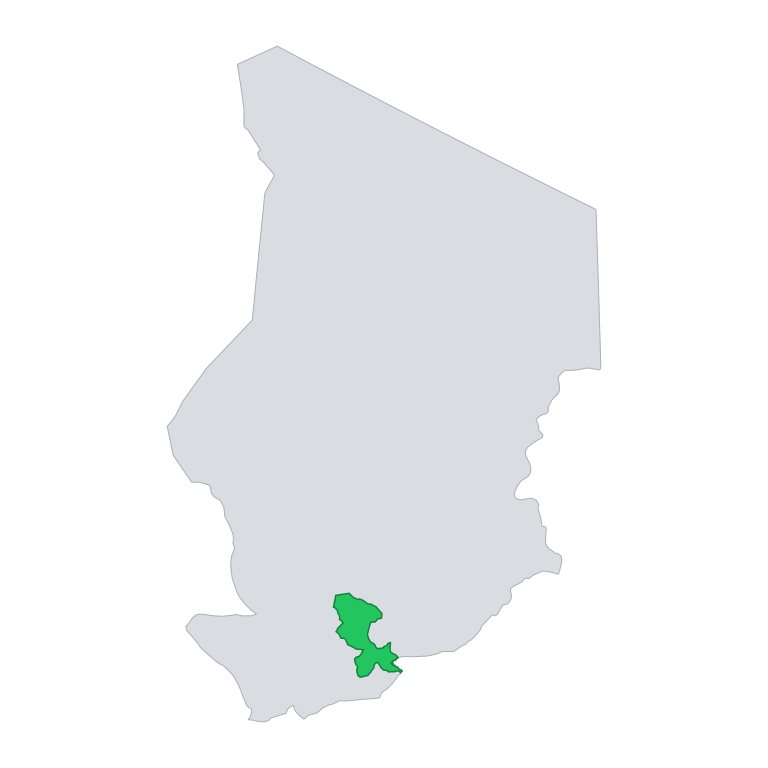 Bahr-Köh, Moyen-Chari, Chad (highlighted)
{"feature_id": "50815135B48101754695472", "entity_name": "Bahr-Köh", "entity_type": "district", "adm_level": 2, "iso_a3": "TCD", "parent_name": "Chad", "parent_adm1": "Moyen-Chari", "projection": "orthographic", "projection_center": [18.409, 9.514], "detail": "fine", "context": "in_parent", "style": "filled", "palette": "green", "viewbox_px": 768, "rotation_deg": 0, "n_neighbors": 0, "source": "geoboundaries", "source_scale": "gbopen_adm2", "svg_char_len": 7876}
<svg xmlns="http://www.w3.org/2000/svg" viewBox="0 0 768 768"><path d="M596.0,209.5L596.6,228.3L597.2,247.0L597.8,265.8L598.4,284.7L599.0,303.5L599.5,322.4L600.1,341.3L600.6,360.2L600.8,366.5L600.3,369.0L600.1,369.3L599.3,369.8L589.5,368.2L585.3,368.2L579.3,369.6L570.6,370.5L564.9,370.3L561.0,373.6L558.0,377.6L559.7,387.0L559.4,390.1L558.3,393.4L555.7,396.2L553.1,398.4L551.5,400.4L549.6,404.7L548.2,406.7L548.4,409.4L547.9,412.2L546.3,413.7L542.3,414.8L539.6,416.1L537.5,418.1L536.1,419.6L536.9,421.6L538.0,424.3L538.7,428.5L539.1,430.9L541.2,432.9L542.5,434.3L542.9,436.1L541.8,437.6L536.8,440.7L534.8,441.8L532.5,443.4L531.6,444.0L528.0,446.9L526.2,449.5L525.3,451.7L525.4,454.7L527.3,459.1L529.4,462.8L530.3,465.6L530.8,468.7L530.7,471.7L529.6,474.2L527.8,476.6L520.9,481.0L517.6,485.8L514.9,491.6L514.3,494.8L515.0,496.9L516.5,498.7L518.6,499.6L521.6,499.8L526.6,498.8L531.3,498.1L536.2,500.1L538.9,504.9L537.9,508.5L539.9,514.9L541.7,522.7L541.6,525.3L542.4,526.3L545.5,526.8L546.2,528.6L545.4,542.3L546.9,546.1L549.0,548.8L551.4,550.2L553.8,552.0L555.0,553.2L557.7,553.5L560.9,555.9L561.7,559.2L561.6,562.4L559.9,569.4L558.5,574.1L556.7,573.8L553.1,572.7L548.6,571.8L543.2,571.0L538.0,573.0L532.4,575.5L530.7,577.4L529.1,578.4L526.7,578.3L524.4,578.6L523.2,580.4L521.2,582.3L513.1,586.4L511.4,587.9L510.4,589.4L510.4,590.9L511.3,594.2L511.3,598.2L509.6,601.5L507.5,603.8L505.1,604.6L503.1,605.1L501.8,606.5L497.6,614.0L495.8,615.4L492.1,615.1L481.5,626.4L480.5,629.7L476.6,634.4L471.7,639.6L467.3,642.1L466.9,643.1L465.7,644.1L463.0,645.2L453.6,651.6L442.2,651.4L437.2,653.9L432.3,655.0L425.2,656.3L423.1,656.2L413.9,656.7L403.2,656.5L399.1,657.4L395.2,659.8L392.3,661.9L391.9,662.6L392.3,663.5L392.2,664.2L399.8,669.4L401.6,671.9L399.8,674.3L398.9,674.7L398.7,674.9L397.5,676.8L393.1,682.6L386.4,689.5L383.0,691.5L381.6,692.8L379.8,697.3L378.7,698.0L374.1,698.6L364.9,699.1L352.3,700.5L344.7,701.0L340.0,700.6L333.4,703.7L331.0,704.5L329.5,704.8L323.0,707.8L317.5,712.6L315.6,713.4L307.9,715.4L304.8,718.7L303.4,718.9L298.5,714.6L295.1,710.7L293.5,706.7L293.3,705.5L292.4,705.7L289.7,707.4L287.3,709.4L286.2,713.2L278.3,715.7L271.5,717.8L268.4,720.6L263.6,721.9L257.6,721.3L252.8,720.1L248.2,719.7L250.4,716.3L251.3,713.8L251.6,710.6L251.2,708.5L248.5,707.4L246.7,705.7L242.8,695.8L238.8,685.6L233.2,675.5L227.0,669.0L222.5,665.1L221.1,664.6L218.8,663.3L217.2,662.2L209.0,655.3L200.5,647.6L198.3,644.0L194.1,638.8L189.4,633.4L186.9,630.9L185.8,626.5L189.2,622.6L192.7,617.6L197.1,614.4L202.7,614.2L212.0,615.7L222.0,616.3L231.9,615.3L234.4,614.6L237.0,614.7L242.3,615.9L251.6,615.8L256.4,613.8L251.2,610.3L245.8,604.8L240.6,598.7L237.5,593.3L234.7,586.2L232.1,577.6L230.7,566.3L231.0,560.0L231.8,555.5L234.7,548.1L232.9,543.8L233.4,540.3L233.2,535.1L232.3,532.5L228.8,523.9L228.1,522.9L225.0,517.0L223.8,507.0L220.3,500.5L214.6,497.2L211.4,493.3L210.3,486.5L208.1,484.7L199.1,482.2L191.6,482.1L186.3,474.4L179.5,464.4L173.2,455.2L169.4,436.8L167.2,426.3L170.0,423.2L175.5,415.8L182.5,401.6L198.2,379.8L206.2,368.6L222.0,352.0L241.4,331.5L252.3,320.0L254.4,298.9L256.5,276.5L258.2,259.7L260.2,239.7L261.9,223.0L263.1,210.9L264.8,193.8L266.1,190.5L273.6,177.1L274.3,175.3L272.9,173.0L262.7,161.5L259.5,158.9L257.7,153.0L260.5,149.7L248.4,130.5L245.3,128.1L244.0,125.8L243.9,122.3L244.0,109.1L241.2,88.4L237.4,64.4L252.0,57.7L263.1,52.6L277.2,46.1L290.0,52.9L308.7,62.9L327.4,72.7L346.2,82.6L365.1,92.5L384.0,102.3L403.0,112.2L422.1,122.0L441.2,131.8L460.4,141.6L479.6,151.3L498.9,161.1L518.2,170.8L537.6,180.5L557.0,190.2L576.5,199.8L596.0,209.5Z" fill="#d9dde1" stroke="#a8b0b8" stroke-width="1"/><path d="M337.7,628.5L337.0,630.6L336.6,631.1L336.1,631.7L337.9,633.0L338.9,634.0L339.9,635.7L340.5,637.2L340.8,638.1L341.1,638.1L341.6,638.1L342.1,638.2L342.7,638.2L342.8,638.2L343.1,638.2L343.1,638.3L343.4,638.3L343.5,638.3L343.8,638.3L344.1,638.4L344.4,638.4L344.7,638.5L344.9,638.6L345.4,639.4L345.6,639.8L346.0,640.5L346.2,641.0L346.4,641.2L346.4,641.3L346.5,641.5L346.6,641.8L346.9,642.4L347.0,642.6L347.1,642.9L347.2,643.1L347.3,643.3L347.4,644.1L347.5,644.5L347.9,644.7L348.0,644.7L348.2,644.8L348.3,644.8L348.6,645.0L350.4,645.9L351.7,646.5L352.5,647.0L353.0,647.2L353.5,647.4L354.4,647.8L354.6,647.9L355.0,648.6L355.3,648.7L355.5,648.8L356.4,648.9L356.8,649.0L357.2,649.1L358.6,649.2L358.8,649.2L359.3,649.3L359.6,649.3L360.1,649.4L360.7,649.5L361.0,649.6L361.3,649.6L361.8,649.7L362.3,649.7L362.6,649.7L363.3,649.7L363.2,650.3L363.0,650.8L362.8,651.2L361.9,652.5L361.4,653.4L361.3,653.7L361.1,654.0L360.2,655.2L360.1,655.3L359.6,655.9L359.5,656.1L359.4,656.2L359.2,656.4L358.7,656.5L358.4,656.5L358.0,656.6L356.8,657.0L356.0,657.4L355.8,657.5L355.6,657.7L355.3,658.1L355.2,658.2L355.0,658.5L354.9,658.6L354.7,659.0L354.7,659.4L354.8,660.4L354.8,660.5L354.8,660.8L354.9,661.2L354.9,661.3L355.0,661.8L355.1,662.0L355.3,662.6L355.5,663.2L355.6,663.7L355.7,663.9L355.8,664.0L356.0,664.2L356.0,664.5L356.7,665.4L357.1,665.7L357.3,666.0L357.5,666.4L357.5,667.2L357.5,667.4L357.4,667.5L357.3,667.8L357.3,668.0L357.1,668.5L357.0,669.2L357.0,669.3L356.9,669.4L356.9,669.8L356.9,671.2L356.9,671.6L357.0,672.1L357.1,672.4L357.2,672.6L357.3,672.9L357.3,673.1L357.4,673.5L357.6,674.3L357.6,674.5L357.8,675.0L357.9,675.3L358.2,675.8L358.6,676.0L358.8,676.0L359.1,676.2L359.2,676.3L359.5,676.3L359.8,676.6L360.0,677.2L360.1,677.3L361.1,676.8L362.4,676.8L363.8,676.5L365.4,675.9L367.1,675.6L368.3,675.0L369.4,673.6L370.7,672.2L371.3,671.0L372.2,669.8L373.5,668.4L374.0,667.1L374.1,665.9L374.4,664.4L375.9,663.1L377.2,662.4L378.7,663.4L379.4,665.3L380.5,666.1L380.8,667.8L382.3,668.8L383.6,670.2L384.8,670.2L386.7,670.4L387.8,671.5L389.4,672.0L390.8,671.7L392.7,671.7L394.8,671.8L395.9,671.2L397.4,670.9L399.2,671.2L400.3,672.6L400.6,672.2L400.9,672.2L401.0,672.1L401.1,671.8L401.3,671.7L401.8,671.5L402.1,671.4L402.2,671.1L401.8,670.8L401.7,670.6L401.5,670.3L401.5,670.1L401.3,670.0L401.0,669.9L400.5,669.6L400.1,669.5L399.6,669.4L398.8,668.9L398.5,668.5L398.3,668.3L398.0,667.5L397.9,667.4L397.7,667.2L397.1,667.0L396.9,667.1L396.5,666.9L396.4,666.9L395.8,666.6L395.5,666.3L395.4,666.3L395.3,666.2L395.2,666.0L395.0,665.4L394.8,665.2L394.6,665.2L394.3,665.3L394.1,665.5L393.8,665.8L393.6,665.7L393.2,665.5L393.1,665.1L393.1,664.9L393.1,664.3L393.1,664.0L393.1,663.8L392.9,663.7L392.6,663.6L392.4,663.6L392.2,663.7L392.0,663.9L392.0,664.0L391.9,664.0L391.7,664.0L391.6,663.9L391.5,663.7L391.4,663.6L391.2,663.5L391.4,663.2L391.5,663.1L391.4,663.1L391.4,662.7L391.5,662.5L392.0,662.3L392.3,662.1L392.5,661.9L392.4,661.7L392.6,661.4L393.1,661.6L393.2,661.3L393.3,661.0L393.5,660.7L393.8,660.4L394.0,660.4L394.6,660.2L394.9,660.2L395.0,660.3L395.3,660.3L395.4,660.2L395.5,660.1L395.7,659.8L396.0,659.7L396.1,659.4L396.3,659.2L396.4,658.6L396.5,658.3L396.7,658.2L396.9,658.1L397.0,658.1L397.3,658.2L397.5,658.2L397.8,657.6L398.0,657.5L397.3,656.6L395.7,654.9L393.8,654.0L392.2,653.2L390.7,652.1L390.2,650.8L390.1,648.9L390.1,647.0L390.2,645.7L390.5,643.9L390.3,642.6L389.0,643.0L387.7,643.6L387.0,645.5L385.4,646.1L384.3,646.4L383.4,647.4L382.2,648.3L380.3,648.3L378.8,648.6L377.1,648.5L376.0,647.4L375.2,645.5L374.2,644.1L373.2,643.3L372.0,642.7L370.7,642.0L369.7,640.7L369.0,639.2L368.3,637.8L367.9,636.0L367.4,634.8L367.9,632.4L368.5,630.1L368.8,628.5L369.3,627.0L369.8,625.0L370.2,623.7L370.8,622.2L372.4,622.3L373.6,621.5L374.8,622.2L376.2,620.8L377.2,619.4L378.3,618.7L380.0,618.6L381.5,618.0L381.9,613.5L375.8,606.6L373.3,605.5L370.9,604.0L369.3,604.3L367.1,603.4L365.3,602.0L363.7,600.8L361.8,599.8L359.3,599.0L357.8,599.6L355.5,598.3L353.4,597.6L349.2,593.3L343.4,594.2L335.8,595.3L333.5,607.2L334.7,607.7L334.9,607.8L336.0,608.9L337.4,610.4L337.9,613.3L339.4,615.5L339.5,615.9L339.6,619.0L339.6,619.4L340.7,620.2L340.8,620.2L340.8,620.3L341.0,620.5L343.2,622.7L337.8,628.4L337.7,628.4L337.7,628.5L337.7,628.5Z" fill="#22c55e" stroke="#15803d" stroke-width="1.5"/></svg>